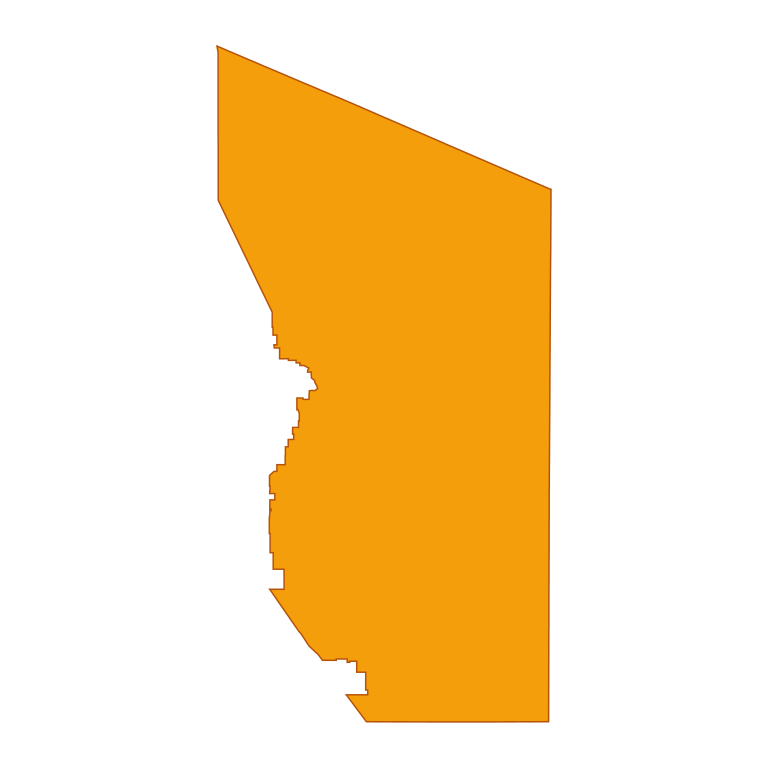 Yilgarn, Western Australia, Australia (Robinson projection)
{"feature_id": "25037944B56581938984526", "entity_name": "Yilgarn", "entity_type": "district", "adm_level": 2, "iso_a3": "AUS", "parent_name": "Australia", "parent_adm1": "Western Australia", "projection": "robinson", "projection_center": [119.083, -30.908], "detail": "fine", "context": "isolated", "style": "filled", "palette": "amber", "viewbox_px": 768, "rotation_deg": 0, "n_neighbors": 0, "source": "geoboundaries", "source_scale": "gbopen_adm2", "svg_char_len": 3894}
<svg xmlns="http://www.w3.org/2000/svg" viewBox="0 0 768 768"><path d="M551.0,189.2L550.1,189.2L549.3,188.8L548.5,188.4L544.4,186.7L521.0,176.6L446.1,144.2L440.8,141.9L421.1,133.3L419.8,132.7L417.1,131.6L393.3,121.3L378.7,115.0L366.4,109.6L344.8,100.3L341.7,99.0L338.5,97.6L332.1,95.0L329.0,93.6L326.8,92.7L320.5,90.1L317.3,88.7L314.2,87.4L307.8,84.7L302.5,82.5L298.3,80.7L297.2,80.2L296.2,79.8L294.1,78.9L292.0,78.0L289.8,77.1L285.6,75.3L281.4,73.5L279.3,72.6L278.2,72.2L277.2,71.7L271.9,69.5L270.8,69.0L269.8,68.6L265.5,66.8L261.3,65.0L258.1,63.6L253.9,61.8L248.6,59.6L244.4,57.8L241.2,56.4L238.1,55.1L233.9,53.3L229.6,51.5L227.5,50.6L223.3,48.8L219.1,47.0L217.0,46.1L217.1,47.0L218.1,52.4L218.1,75.2L218.1,85.4L218.1,103.6L218.1,120.6L218.1,132.0L218.2,143.3L218.2,154.7L218.2,185.0L218.2,200.2L251.2,268.6L258.9,284.7L272.2,312.1L272.2,325.4L272.2,327.3L273.0,327.3L273.0,335.1L276.9,335.1L276.9,338.2L276.9,344.8L273.9,344.8L274.3,348.0L279.6,348.0L279.6,351.7L279.6,354.4L279.6,358.7L279.6,358.8L288.4,358.7L288.4,360.4L289.5,360.4L296.1,360.3L296.1,362.9L299.9,362.9L299.9,365.5L303.9,365.5L308.7,368.0L308.8,368.1L307.6,370.5L307.6,372.1L311.2,372.1L311.2,374.0L311.5,378.0L314.7,380.6L314.9,382.6L316.7,385.6L316.8,385.8L317.6,388.7L315.0,390.6L311.6,390.4L309.3,390.8L309.0,397.9L309.0,399.4L307.9,399.4L303.1,399.4L303.0,398.0L296.9,398.0L296.9,409.8L297.9,409.6L299.3,413.3L299.3,416.2L299.3,420.9L298.5,420.9L298.5,423.3L298.5,427.4L296.1,427.4L292.6,427.4L292.6,434.1L293.7,434.1L293.7,439.4L288.2,439.5L288.2,446.8L285.4,446.8L285.4,454.9L285.2,455.2L285.2,457.6L285.2,464.7L278.4,464.7L276.9,464.7L276.9,469.5L276.9,471.4L274.0,471.4L273.2,472.1L271.0,474.1L270.3,474.8L269.5,475.5L269.5,477.7L269.5,480.0L269.5,481.3L269.5,486.2L270.0,486.2L270.0,491.1L269.7,491.1L269.7,493.6L274.8,493.5L274.8,497.4L274.8,499.9L269.9,499.9L269.9,500.1L269.8,509.3L270.2,509.2L270.1,509.3L270.1,509.5L270.3,509.7L270.6,509.7L270.8,509.7L271.0,509.7L271.0,510.2L271.0,510.7L271.0,510.8L269.9,510.8L269.8,513.9L269.3,517.8L269.5,517.8L269.3,519.3L269.3,533.5L270.1,533.5L270.1,552.7L271.1,552.7L272.4,552.7L273.2,552.7L273.2,553.9L273.2,569.2L277.2,569.2L284.0,569.2L284.1,579.3L284.1,584.5L284.1,589.3L282.2,589.3L277.1,589.3L269.7,589.3L271.8,592.2L272.0,592.5L272.6,593.4L275.1,597.1L276.3,598.7L276.8,599.6L278.5,602.0L280.9,605.4L283.6,609.3L286.8,614.0L288.2,615.9L288.9,616.9L290.1,618.8L292.9,622.8L293.2,623.2L293.6,623.7L294.8,625.6L296.8,628.3L297.4,629.3L297.8,629.8L298.1,630.3L298.7,631.2L299.3,631.9L299.9,632.5L301.2,634.0L303.3,637.2L305.0,639.9L306.2,641.7L307.3,643.5L307.9,644.3L309.6,646.6L310.1,647.0L312.4,649.2L316.3,652.8L317.9,654.2L321.8,659.4L322.5,660.2L322.5,660.3L336.2,660.3L336.2,659.0L343.7,659.0L344.9,659.0L345.0,659.0L347.2,659.0L347.2,660.9L347.2,662.3L349.7,662.3L349.6,661.2L353.2,661.2L356.7,661.2L356.7,665.1L356.7,668.3L356.7,668.8L356.7,672.2L359.2,672.2L360.3,672.2L365.7,672.2L365.7,690.0L367.7,690.0L367.7,694.5L367.7,694.8L362.3,694.8L357.6,694.8L351.6,694.8L346.3,694.8L356.5,708.5L358.2,710.8L360.5,713.8L363.8,718.3L366.4,721.7L366.6,721.7L382.8,721.8L436.3,721.9L453.7,721.9L461.7,721.9L464.0,721.9L480.8,721.9L481.8,721.9L489.0,721.9L491.3,721.9L548.6,721.7L548.7,678.6L548.8,633.9L548.8,630.7L548.9,625.1L548.9,623.9L548.9,611.5L548.9,610.4L548.9,605.9L548.9,602.4L548.9,601.3L548.9,588.5L548.9,587.3L549.0,575.7L549.0,574.5L549.0,561.7L549.0,560.6L549.1,547.8L549.1,546.6L549.1,533.8L549.1,530.3L549.1,529.2L549.1,526.8L549.1,525.7L549.1,523.4L549.1,522.2L549.2,519.9L549.2,518.7L549.2,516.4L549.2,515.2L549.2,505.9L549.2,504.8L549.2,502.4L549.2,501.3L549.2,498.9L549.2,497.8L549.2,495.4L549.2,490.8L549.3,488.5L549.3,487.3L549.3,483.8L549.3,481.5L549.3,478.0L549.3,477.5L549.4,464.9L549.8,398.8L549.9,373.8L550.1,340.9L550.3,305.6L550.5,270.4L550.7,251.6L550.9,214.6L551.0,189.2Z" fill="#f59e0b" stroke="#b45309" stroke-width="1.5"/></svg>